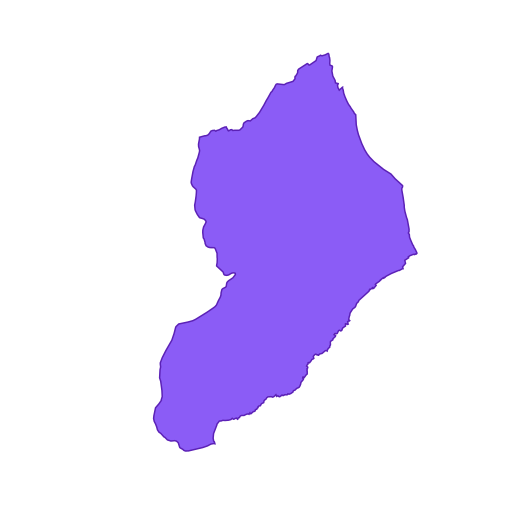 Pidie Jaya, Aceh, Indonesia, rotated 47°
{"feature_id": "22746128B77747107542596", "entity_name": "Pidie Jaya", "entity_type": "district", "adm_level": 2, "iso_a3": "IDN", "parent_name": "Indonesia", "parent_adm1": "Aceh", "projection": "equal_earth", "projection_center": [96.234, 5.105], "detail": "fine", "context": "isolated", "style": "filled", "palette": "violet", "viewbox_px": 512, "rotation_deg": 47, "n_neighbors": 0, "source": "geoboundaries", "source_scale": "gbopen_adm2", "svg_char_len": 6085}
<svg xmlns="http://www.w3.org/2000/svg" viewBox="0 0 512 512"><g transform="rotate(47 256 256)"><path d="M359.3,212.5L358.6,210.9L358.8,197.4L358.0,195.9L358.4,195.9L358.7,192.6L359.1,193.0L359.3,192.8L359.6,192.8L359.9,191.4L359.7,191.3L359.7,189.3L359.4,188.9L359.4,188.2L358.1,188.0L358.1,186.9L358.6,183.3L358.6,181.3L358.4,181.3L358.7,177.7L359.3,177.8L359.6,176.3L359.4,176.2L359.4,175.7L359.7,174.0L361.1,168.9L363.8,161.6L364.3,161.1L365.2,157.6L365.6,157.1L363.9,156.2L363.4,151.7L360.6,150.1L361.4,145.6L360.5,145.3L360.7,143.4L361.9,140.3L362.4,139.4L363.0,139.2L363.3,137.8L363.6,137.5L363.8,137.6L363.9,137.2L363.7,136.3L359.8,135.0L357.1,134.5L356.3,134.0L354.5,133.7L350.0,132.1L347.0,130.9L344.7,129.1L343.3,129.0L342.7,128.3L342.7,127.7L342.4,127.3L340.7,125.7L332.6,120.5L330.6,119.7L324.8,116.6L321.4,114.3L320.0,113.0L313.6,108.5L307.4,104.5L306.3,103.6L305.8,102.8L305.4,101.6L304.5,100.8L294.3,101.6L288.1,101.4L279.8,103.6L267.5,105.4L261.2,105.5L257.1,105.1L252.4,104.1L245.9,102.0L237.1,98.3L233.2,96.2L228.4,93.2L220.7,86.7L218.7,86.8L217.3,86.3L212.7,85.7L211.2,85.3L208.1,84.9L204.6,83.9L200.1,82.3L196.7,80.8L194.2,79.1L192.3,78.3L191.6,77.6L191.5,78.0L191.5,82.0L188.6,81.2L186.3,79.6L186.3,78.7L186.0,78.3L183.6,79.8L181.5,78.4L176.8,77.1L172.4,74.3L169.8,71.0L168.9,70.7L166.9,71.7L165.6,70.9L163.4,68.6L161.1,66.9L160.2,66.6L158.4,65.3L157.3,64.9L156.9,65.3L156.1,68.2L154.6,71.2L153.1,72.0L153.2,72.4L152.3,75.0L152.2,75.6L153.9,78.5L154.0,79.1L152.9,86.5L152.5,87.0L150.6,87.0L150.2,87.3L148.4,97.4L148.8,99.0L150.3,100.5L150.6,101.2L151.5,104.4L151.3,104.9L151.8,105.6L153.0,106.6L153.5,109.9L150.5,116.0L150.1,118.1L149.6,118.8L144.6,123.1L144.2,124.0L144.4,125.1L145.5,127.9L146.1,130.7L146.6,132.1L146.5,133.4L148.5,139.5L149.3,142.4L151.1,147.5L153.4,155.6L154.2,160.6L154.3,162.5L153.4,164.7L153.3,168.1L152.1,169.0L151.3,169.9L150.9,171.1L150.5,173.5L150.5,174.3L151.1,175.5L151.9,176.4L152.7,177.7L152.8,182.0L152.2,183.0L149.4,186.0L148.6,187.1L148.2,187.5L147.1,187.5L146.7,188.0L146.2,188.8L146.2,189.6L145.7,190.8L145.1,190.9L144.2,190.4L142.4,190.2L141.4,189.7L140.5,190.7L139.2,194.1L138.7,196.5L138.1,198.0L137.6,198.7L137.3,200.3L135.8,200.6L134.5,202.3L133.9,203.9L134.6,206.6L134.7,208.3L134.6,209.1L133.8,210.7L133.0,211.7L130.6,216.3L131.9,217.6L135.0,221.8L136.9,223.4L138.9,224.4L140.5,225.4L141.5,226.7L144.6,231.7L145.6,234.0L148.1,238.6L148.5,240.0L151.2,244.4L155.8,250.6L157.8,253.1L158.9,253.8L161.3,254.6L162.5,254.7L166.1,254.4L167.3,254.7L169.2,256.6L171.2,258.8L175.1,263.6L177.0,266.2L180.5,268.9L181.5,269.4L185.6,270.6L189.0,271.1L189.8,271.0L191.7,269.8L193.6,268.8L195.5,268.7L196.7,269.0L197.2,269.5L198.0,271.5L199.0,274.5L200.8,277.2L202.5,278.9L206.8,282.2L208.2,282.4L211.7,284.2L212.2,284.7L214.5,285.5L216.7,285.0L217.6,284.5L218.6,283.8L221.4,280.9L222.3,280.7L223.1,280.9L227.4,282.6L230.4,285.3L231.6,286.2L234.5,289.1L235.9,291.1L236.5,291.6L244.9,291.0L245.7,291.1L247.2,291.9L248.1,292.0L248.7,291.8L250.2,290.6L251.2,288.9L251.9,285.7L252.7,284.2L253.8,283.3L254.4,283.0L255.2,283.4L255.6,284.2L256.2,287.8L255.4,292.8L255.4,294.5L255.8,295.8L257.9,298.5L258.1,299.5L257.3,302.2L257.2,303.0L257.3,303.9L259.0,306.5L260.6,308.2L261.7,310.1L263.0,313.9L264.9,318.4L265.1,320.5L264.9,322.5L263.7,330.4L261.1,343.5L260.2,346.4L257.9,350.8L253.0,358.9L253.1,362.7L253.5,363.6L256.8,368.7L260.2,375.0L263.7,386.4L266.4,393.8L268.9,398.9L269.9,399.8L272.1,401.4L273.7,403.7L279.4,409.6L282.6,411.1L290.2,416.5L294.9,420.5L296.6,423.4L297.0,423.6L297.9,427.7L298.5,433.0L303.1,439.5L305.0,441.7L307.5,443.2L310.3,444.0L313.3,445.2L315.9,446.6L318.6,447.1L320.9,446.6L325.5,446.7L326.5,446.3L330.1,446.2L333.3,444.4L335.6,441.4L337.2,440.4L339.5,440.2L343.9,442.3L344.7,442.3L347.5,441.4L349.0,441.3L350.5,440.6L352.5,438.3L359.8,425.5L361.8,421.0L362.8,417.3L364.2,415.0L365.3,414.1L363.5,413.2L362.5,413.2L360.0,411.6L356.9,408.1L352.8,399.7L352.4,399.4L351.7,395.3L352.8,394.1L353.6,392.3L355.2,390.8L357.4,388.0L358.5,385.9L358.5,384.1L359.8,383.9L360.3,383.5L360.5,382.4L361.1,381.0L361.3,380.8L362.8,380.9L362.9,380.4L362.4,379.7L362.4,379.1L362.9,378.3L362.4,377.2L362.4,376.3L362.8,375.3L364.4,373.6L365.2,370.9L366.2,369.3L367.0,369.1L366.6,367.5L367.4,367.8L367.9,367.3L368.0,364.0L368.5,363.3L368.7,362.6L368.6,362.0L368.1,361.6L368.2,360.6L368.6,360.0L368.2,359.3L368.3,357.9L367.8,357.7L367.6,357.1L367.7,356.2L368.5,354.9L367.8,353.1L367.9,352.1L368.5,350.4L367.5,349.1L367.2,348.1L367.5,346.5L367.0,344.8L367.1,343.6L367.3,343.1L369.3,340.8L370.7,340.0L371.1,338.3L371.0,336.0L372.8,336.6L373.1,335.3L374.2,335.2L374.9,334.9L375.2,334.4L375.2,333.5L375.4,333.1L375.3,332.1L375.7,331.6L376.5,331.5L376.7,331.2L376.9,329.9L377.3,329.7L377.3,329.2L378.5,328.2L378.8,327.7L378.9,326.9L378.6,326.6L379.8,325.8L380.1,324.8L380.3,324.5L380.7,321.8L380.2,321.0L380.1,320.3L380.3,319.7L380.7,319.2L380.6,318.0L380.7,316.0L381.2,315.0L381.4,313.9L381.0,312.5L380.1,310.6L379.1,309.4L378.7,306.1L378.3,305.1L377.1,305.1L376.5,304.3L376.6,304.0L377.6,303.9L377.8,303.6L377.2,300.6L377.2,299.0L375.4,297.3L374.7,297.1L374.3,296.2L373.3,295.8L373.1,294.4L372.4,293.9L371.0,294.1L370.5,292.7L370.5,291.7L369.6,290.8L369.6,290.4L370.4,290.0L370.6,289.6L370.2,287.0L369.8,285.8L369.8,285.4L370.2,284.7L370.3,283.5L368.7,282.8L368.4,282.2L368.2,280.4L368.4,279.5L368.7,279.1L369.6,279.0L370.3,278.2L370.9,278.3L371.3,277.9L371.0,276.5L372.3,274.1L372.5,270.0L372.9,269.2L374.0,268.8L373.7,268.5L372.9,266.2L373.0,264.3L372.8,264.0L372.1,263.5L371.8,262.2L369.5,260.2L369.3,259.5L369.7,256.9L369.0,256.1L369.0,252.9L368.5,252.1L366.8,252.6L366.6,251.8L366.5,251.2L366.7,250.9L367.7,250.2L368.0,249.4L366.9,246.5L367.2,245.6L368.6,245.1L368.8,244.6L368.8,243.7L368.1,242.5L367.8,241.5L368.1,239.3L368.3,238.4L366.6,236.8L366.8,236.5L368.5,235.7L368.7,235.0L367.7,234.7L367.1,233.9L366.5,233.7L366.7,232.6L367.2,232.1L367.2,231.5L365.6,231.5L363.7,228.8L363.5,228.2L362.3,226.7L361.8,225.8L360.7,221.4L361.0,218.7L360.8,217.6L359.3,214.7L359.3,212.5Z" fill="#8b5cf6" stroke="#5b21b6" stroke-width="1.5"/></g></svg>